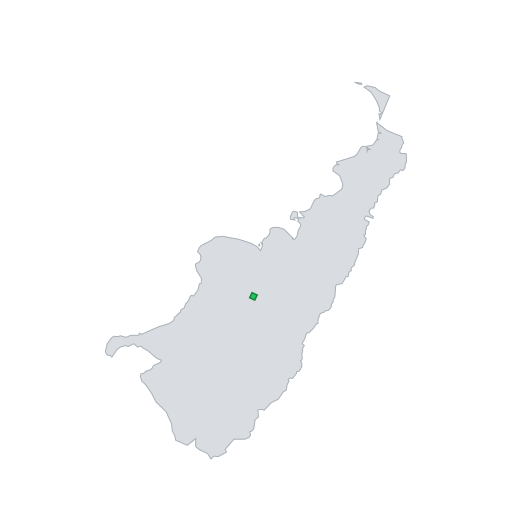 location of Chapaleufú, La Pampa, Argentina, rotated 205°
{"feature_id": "61730980B17447660038504", "entity_name": "Chapaleufú", "entity_type": "district", "adm_level": 2, "iso_a3": "ARG", "parent_name": "Argentina", "parent_adm1": "La Pampa", "projection": "albers", "projection_center": [-63.678, -35.228], "detail": "fine", "context": "in_parent", "style": "filled", "palette": "green", "viewbox_px": 512, "rotation_deg": 205, "n_neighbors": 0, "source": "geoboundaries", "source_scale": "gbopen_adm2", "svg_char_len": 3989}
<svg xmlns="http://www.w3.org/2000/svg" viewBox="0 0 512 512"><g transform="rotate(205 256 256)"><path d="M306.6,157.7L303.4,162.5L303.9,165.9L300.8,173.6L301.4,175.2L299.1,178.8L299.6,182.9L298.3,186.7L298.6,191.7L297.7,193.1L295.8,193.4L294.2,200.2L295.5,206.9L294.0,208.1L296.3,213.0L303.5,217.6L307.1,222.1L307.1,223.9L304.9,226.5L304.6,228.7L305.5,231.8L307.2,233.8L310.8,235.2L310.9,239.5L310.2,242.2L302.9,251.6L301.2,255.7L294.7,259.7L278.5,263.9L266.0,265.4L258.8,264.9L254.1,262.8L254.4,268.3L256.8,270.0L255.5,270.0L256.5,271.1L255.9,275.6L254.4,276.4L253.3,280.1L253.3,283.4L254.7,286.1L253.2,288.7L247.9,291.4L241.6,292.0L230.0,287.8L230.4,287.0L229.8,286.8L227.9,287.7L227.2,291.4L228.5,297.1L228.2,302.1L228.9,303.7L233.1,305.5L232.8,307.5L234.2,307.7L237.2,307.2L237.5,305.6L236.0,305.1L240.0,303.8L241.5,305.8L241.6,310.9L241.0,312.3L237.8,313.2L236.9,313.0L235.1,309.4L233.6,308.7L229.2,310.6L228.6,311.8L235.2,314.3L230.4,317.1L226.7,321.8L226.7,330.5L225.9,333.0L223.4,335.3L223.0,336.9L223.9,337.9L223.6,339.5L218.6,339.1L215.2,341.8L212.0,342.9L206.5,352.8L207.5,357.5L214.1,364.1L222.2,365.7L223.3,368.0L223.0,370.7L222.1,372.3L219.2,373.9L221.7,373.8L222.8,375.2L209.0,387.8L207.3,391.4L206.8,398.7L205.8,400.3L203.0,401.8L201.0,400.4L199.4,397.8L199.5,400.0L196.9,400.9L200.1,400.9L201.6,402.5L197.5,405.4L196.4,407.9L196.0,411.3L194.5,413.3L195.7,412.8L197.3,419.3L194.0,419.9L198.1,420.8L203.1,427.9L202.7,428.5L202.5,427.8L190.3,425.1L174.0,425.8L174.0,424.8L170.0,421.1L170.6,418.2L169.8,415.9L170.4,413.6L169.7,411.0L168.2,410.2L163.1,412.2L159.5,405.3L159.3,401.3L158.2,398.9L158.9,395.6L161.6,395.1L162.1,391.6L165.4,388.7L165.1,385.4L167.1,383.4L167.5,381.7L165.2,377.6L166.3,372.8L169.8,369.0L169.1,364.6L171.0,362.2L169.0,356.4L171.0,353.7L169.8,352.4L169.6,349.2L171.6,348.2L172.7,344.7L170.3,341.8L166.3,341.2L165.9,339.6L173.1,338.9L173.8,336.4L173.2,335.0L167.7,334.7L167.5,331.3L168.5,329.0L167.3,327.0L167.6,324.9L165.9,322.1L167.2,320.6L163.3,317.9L162.9,312.8L163.6,311.5L162.9,308.8L166.0,306.0L164.1,301.2L163.7,291.9L162.9,289.4L164.7,285.4L163.5,283.0L164.8,280.9L163.9,276.2L165.6,275.7L166.3,267.3L170.4,264.5L171.2,262.8L167.4,252.6L167.4,248.6L166.7,246.9L167.3,244.5L166.3,241.2L167.4,237.2L170.3,235.3L170.5,233.9L173.5,231.0L172.9,224.3L171.3,221.0L172.8,219.6L173.5,214.4L175.6,208.9L177.6,207.8L176.8,201.7L177.2,196.1L174.4,195.3L174.8,191.3L173.8,190.4L172.9,186.3L170.8,182.7L170.6,181.1L171.6,179.9L169.5,178.6L167.8,175.4L167.9,172.2L168.1,170.1L170.3,168.4L169.7,166.9L171.2,160.4L173.5,159.9L174.6,157.6L173.2,156.5L173.4,152.6L171.9,147.2L173.9,144.3L175.3,135.7L180.2,129.4L183.4,119.7L186.2,119.4L189.2,117.2L185.8,111.1L187.6,107.1L185.1,99.0L185.6,95.9L187.3,94.1L185.2,91.1L185.7,88.5L188.5,85.4L198.6,80.6L202.2,67.9L199.9,65.8L205.4,58.2L209.4,56.9L211.0,53.0L216.4,56.5L225.6,56.5L230.2,57.9L233.5,65.1L238.2,55.4L250.9,55.1L253.5,58.6L258.3,62.6L261.5,68.1L271.7,76.9L284.8,81.4L292.7,87.5L301.8,92.8L306.4,94.2L309.8,97.8L310.5,100.4L308.3,102.2L306.5,105.9L303.9,107.9L302.7,110.4L302.7,113.4L297.6,119.3L297.6,121.6L302.5,121.3L314.1,124.5L319.8,124.8L321.5,126.0L324.8,123.4L329.7,124.9L333.3,120.2L336.6,119.5L340.4,116.4L342.4,112.4L343.9,103.4L345.8,104.2L349.2,103.3L352.0,105.4L353.8,113.2L352.5,120.4L350.9,123.2L347.2,124.5L345.1,126.4L339.4,127.4L336.0,131.1L328.8,134.6L329.0,136.9L326.8,136.5L314.3,150.8L306.6,157.7ZM202.5,457.6L201.4,432.1L204.7,436.9L203.2,436.7L202.9,439.1L205.5,439.5L206.8,442.5L212.7,447.9L221.1,453.2L229.4,454.7L227.2,457.4L219.2,459.0L214.3,457.7L202.5,457.6ZM232.7,456.3L235.2,455.3L240.0,455.1L233.6,457.2L232.7,456.3ZM258.2,267.0L258.1,268.2L256.4,266.4L258.2,267.0Z" fill="#d9dde1" stroke="#a8b0b8" stroke-width="1"/><path d="M244.1,220.1L244.1,215.5L243.0,215.5L242.6,215.5L241.5,215.5L240.0,215.5L239.1,215.5L238.5,215.5L238.5,217.9L238.5,219.5L238.4,221.1L238.5,221.1L240.8,221.1L244.1,221.1L244.1,220.1Z" fill="#22c55e" stroke="#15803d" stroke-width="1.5"/></g></svg>